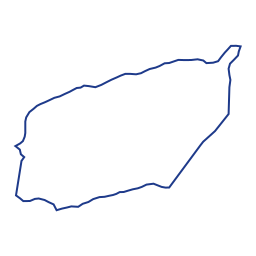 the district of Salgadinho, Paraíba, Brazil
{"feature_id": "56859067B88873151085436", "entity_name": "Salgadinho", "entity_type": "district", "adm_level": 2, "iso_a3": "BRA", "parent_name": "Brazil", "parent_adm1": "Paraíba", "projection": "mercator", "projection_center": [-36.847, -7.095], "detail": "fine", "context": "isolated", "style": "outline", "palette": "blue", "viewbox_px": 256, "rotation_deg": 0, "n_neighbors": 0, "source": "geoboundaries", "source_scale": "gbopen_adm2", "svg_char_len": 1280}
<svg xmlns="http://www.w3.org/2000/svg" viewBox="0 0 256 256"><path d="M16.0,195.4L20.0,198.3L23.3,201.1L29.9,201.0L34.9,198.9L38.7,198.5L44.6,200.0L48.6,202.1L53.6,204.4L56.6,210.2L62.0,208.6L67.0,207.5L71.3,206.4L78.2,206.8L82.7,203.8L88.4,202.0L93.2,199.1L99.5,197.1L104.6,196.8L109.0,195.8L113.0,195.0L116.3,193.9L119.7,192.1L123.7,192.0L127.6,190.8L132.8,189.3L137.8,188.3L141.8,186.9L146.5,184.6L153.5,183.7L161.6,186.9L165.5,187.6L169.2,187.5L200.4,145.3L203.2,141.7L215.0,131.1L228.6,114.0L229.4,87.2L230.4,79.9L229.4,75.0L228.6,68.7L230.0,63.7L234.2,59.5L238.0,55.5L238.8,51.4L240.6,46.4L236.2,45.8L230.9,45.9L227.7,49.5L224.8,52.6L221.0,57.3L218.1,61.2L213.1,62.7L206.4,63.1L203.3,60.5L197.6,59.3L191.2,60.0L185.0,60.1L178.3,59.9L172.7,61.8L169.2,63.0L164.6,63.3L159.6,66.0L155.6,67.6L149.7,69.0L145.1,71.1L141.0,73.2L136.1,74.3L130.6,73.9L125.2,73.9L120.7,75.6L116.8,77.4L111.5,79.7L106.5,82.2L101.3,84.9L95.4,87.2L88.8,86.1L84.0,85.6L80.6,87.6L76.7,88.0L72.7,90.1L69.6,91.8L64.9,93.9L59.7,96.4L54.4,97.8L48.3,100.7L44.8,102.3L40.4,104.1L36.9,105.9L33.7,108.7L29.4,112.1L26.2,117.4L25.3,121.5L25.3,127.0L25.3,133.0L24.7,136.7L22.9,141.1L20.2,143.4L15.4,146.1L19.8,149.6L20.9,154.3L24.2,157.1L21.5,160.9L16.0,195.4Z" fill="none" stroke="#1e3a8a" stroke-width="2"/></svg>